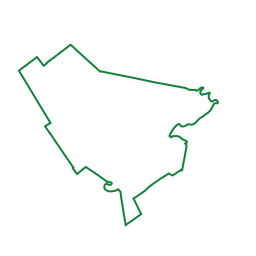 Ramnicelu, Braila, Romania, rotated 167°
{"feature_id": "2599482B58935779771922", "entity_name": "Ramnicelu", "entity_type": "district", "adm_level": 2, "iso_a3": "ROU", "parent_name": "Romania", "parent_adm1": "Braila", "projection": "mercator", "projection_center": [27.499, 45.287], "detail": "fine", "context": "isolated", "style": "outline", "palette": "green", "viewbox_px": 256, "rotation_deg": 167, "n_neighbors": 0, "source": "geoboundaries", "source_scale": "gbopen_adm2", "svg_char_len": 3896}
<svg xmlns="http://www.w3.org/2000/svg" viewBox="0 0 256 256"><g transform="rotate(167 128 128)"><path d="M215.1,189.2L209.5,172.0L207.5,165.9L202.4,150.3L208.4,148.3L208.3,148.0L206.8,144.2L205.4,140.4L205.2,140.5L201.8,131.6L200.7,128.7L199.8,126.5L195.7,115.9L193.6,110.5L193.4,110.1L191.8,105.9L190.1,101.7L190.9,101.3L188.0,94.6L180.1,98.5L177.9,99.5L171.4,92.6L171.1,92.3L170.9,92.2L169.9,91.0L169.5,90.5L168.3,89.3L167.0,87.8L162.0,82.1L160.5,80.5L160.6,80.2L159.5,80.1L158.9,79.9L158.2,79.7L157.6,79.3L156.8,78.7L156.3,78.2L156.4,77.6L156.6,77.2L157.1,76.8L157.9,76.7L158.9,76.8L159.6,77.1L160.1,77.5L160.6,78.0L161.4,78.3L162.2,78.3L162.8,78.2L163.7,77.5L164.1,76.7L164.5,75.4L164.4,74.3L163.9,73.0L163.7,72.8L163.5,72.6L162.9,72.0L162.2,71.5L161.4,70.9L160.0,70.3L158.9,70.1L156.6,69.8L155.6,69.7L153.3,69.9L151.4,70.5L151.2,70.0L149.8,67.8L149.7,67.5L150.0,64.1L150.3,61.7L151.2,48.0L151.7,40.5L152.1,34.0L150.1,34.8L148.8,35.3L147.1,36.0L145.5,36.6L143.8,37.3L142.4,37.9L141.7,38.2L138.5,39.5L137.2,40.0L135.4,40.8L134.5,41.1L134.6,41.6L135.5,45.1L138.1,56.4L138.5,58.1L137.9,58.3L137.3,58.5L135.3,59.2L132.0,60.5L131.9,60.5L126.1,62.8L120.7,66.0L114.8,68.5L114.7,68.5L109.0,70.8L108.9,70.9L103.0,72.9L102.8,73.0L98.8,74.4L98.6,74.5L95.2,71.7L88.4,74.2L85.5,75.4L85.3,74.6L84.6,74.9L82.5,79.9L80.9,83.6L80.5,84.5L80.4,84.6L76.8,93.0L75.0,97.2L74.9,97.5L75.8,100.1L75.4,100.2L75.0,100.2L74.7,100.2L74.5,100.3L74.3,100.4L74.0,100.7L73.9,101.0L73.7,101.2L73.8,101.5L73.9,101.8L74.1,102.1L74.4,102.4L74.8,102.8L75.3,103.2L75.7,103.4L76.1,103.7L76.7,104.2L77.0,104.5L77.5,104.9L77.9,105.2L78.2,105.6L78.5,106.2L78.8,106.7L79.2,107.2L79.7,107.6L80.0,108.0L80.4,108.2L80.8,108.5L81.1,108.7L81.5,108.9L82.0,109.1L82.6,109.2L83.1,109.4L83.7,109.5L84.3,109.6L84.8,109.7L85.2,109.8L86.2,109.9L86.9,109.8L87.5,109.4L88.0,109.2L88.3,109.2L88.5,109.4L88.6,109.9L88.6,110.6L89.3,111.0L89.1,111.4L88.9,111.7L88.8,111.9L88.5,112.3L88.2,112.6L87.9,113.0L87.5,113.4L87.1,113.8L85.5,115.5L83.3,117.4L81.6,118.7L80.5,119.5L79.1,120.0L78.4,120.3L77.8,120.4L77.1,120.1L76.8,119.9L76.6,119.6L76.4,119.2L76.1,118.5L75.7,117.7L74.9,117.3L73.8,117.1L72.8,117.1L72.1,117.1L71.4,117.3L70.6,117.6L69.8,117.8L68.9,118.0L68.3,118.1L67.7,117.9L67.2,117.7L66.6,117.4L66.1,117.1L65.4,116.9L64.6,116.9L63.7,117.0L62.8,117.1L62.1,117.4L61.1,117.9L59.5,118.9L58.2,119.9L55.2,121.5L51.8,122.7L48.6,124.1L47.3,124.6L45.6,125.4L44.2,126.3L43.2,127.2L42.2,128.1L41.5,129.0L39.9,131.0L38.8,132.1L38.3,132.3L37.7,132.4L37.1,132.4L36.4,132.2L35.2,132.0L34.9,132.2L34.7,132.8L34.6,133.4L34.8,133.9L35.0,134.5L35.5,135.0L36.0,135.4L36.5,135.6L37.1,135.6L38.0,135.5L38.4,135.3L38.9,135.0L39.5,134.8L39.9,134.8L40.4,135.0L40.8,135.3L41.4,136.0L41.9,136.9L42.2,137.6L42.3,138.4L42.4,139.1L42.4,140.1L42.2,140.8L42.0,141.6L41.8,142.1L41.4,142.5L40.9,142.8L40.6,143.2L40.5,143.7L40.7,144.1L41.2,144.3L41.9,144.2L43.2,143.9L43.9,143.7L44.7,143.5L45.5,143.7L46.3,143.9L47.2,144.0L47.9,143.7L48.7,143.8L49.3,144.4L49.5,145.1L49.6,145.9L49.4,147.1L48.7,147.6L48.5,147.8L48.2,148.1L47.9,148.6L47.4,149.2L46.5,149.6L46.2,149.6L45.8,149.5L45.7,150.1L45.7,150.6L46.1,150.6L47.1,150.7L48.0,150.7L49.0,150.4L49.6,149.9L50.3,149.4L50.9,149.1L51.8,148.9L52.5,148.9L53.1,149.1L53.4,149.6L53.5,150.0L54.2,150.1L55.0,150.3L55.5,150.4L56.0,150.5L56.4,150.5L56.9,150.7L57.7,151.0L57.9,151.0L58.4,151.0L58.7,151.1L59.2,151.1L59.4,151.2L59.9,151.6L60.6,152.1L61.0,152.4L62.4,153.7L62.7,153.9L75.1,159.3L82.7,162.6L90.4,165.9L97.7,169.3L113.1,176.4L124.4,181.5L127.8,183.0L142.1,189.5L142.7,189.4L143.0,190.0L148.9,198.6L150.4,200.6L160.3,214.9L161.2,216.2L161.2,216.3L163.2,219.2L165.2,222.0L175.5,217.4L176.9,216.8L184.0,213.5L184.2,213.3L184.6,213.0L185.0,213.0L185.4,213.0L192.7,209.7L192.7,209.2L196.2,207.6L196.6,208.6L200.7,217.6L204.0,216.1L221.4,208.4L217.5,196.6L215.7,191.0L215.1,189.2Z" fill="none" stroke="#15803d" stroke-width="2"/></g></svg>